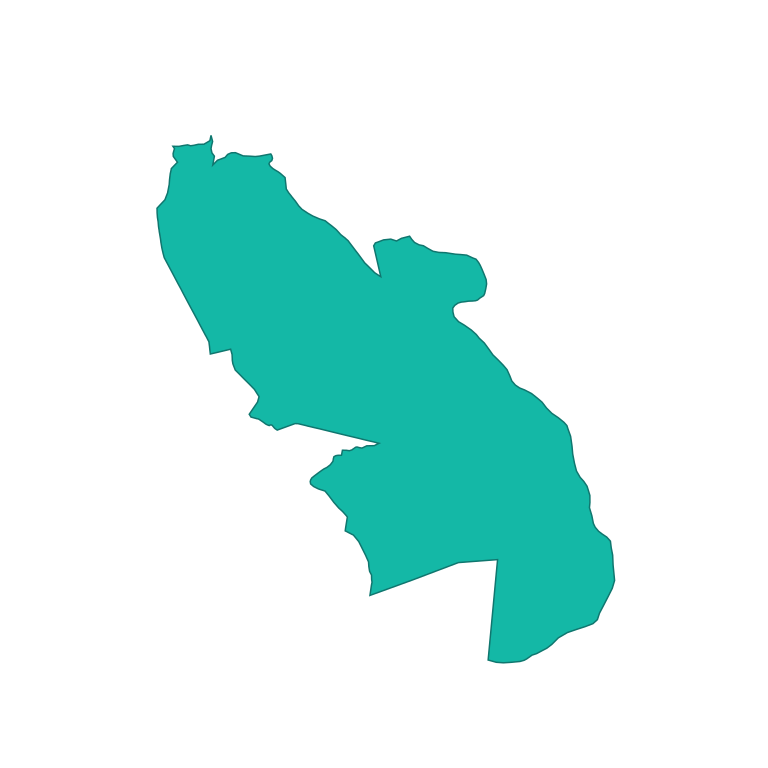 the district of Atlequizayan, Puebla, Mexico, rotated 318°
{"feature_id": "50627088B18003687378579", "entity_name": "Atlequizayan", "entity_type": "district", "adm_level": 2, "iso_a3": "MEX", "parent_name": "Mexico", "parent_adm1": "Puebla", "projection": "robinson", "projection_center": [-97.628, 20.016], "detail": "fine", "context": "isolated", "style": "filled", "palette": "teal", "viewbox_px": 768, "rotation_deg": 318, "n_neighbors": 0, "source": "geoboundaries", "source_scale": "gbopen_adm2", "svg_char_len": 5057}
<svg xmlns="http://www.w3.org/2000/svg" viewBox="0 0 768 768"><g transform="rotate(318 384 384)"><path d="M421.8,83.5L417.4,86.7L412.9,85.8L412.2,85.6L410.7,85.4L408.1,83.1L406.4,81.6L402.6,79.5L399.6,77.5L399.2,76.7L398.1,74.9L394.6,72.6L390.6,70.2L386.2,66.1L385.8,68.9L383.3,70.4L381.4,71.7L379.7,73.9L378.9,81.0L370.1,81.6L369.1,82.4L366.0,84.6L361.4,88.6L357.9,92.0L356.3,93.2L352.3,96.2L351.2,97.1L347.4,99.0L344.5,100.5L342.2,100.7L339.6,100.9L337.2,101.1L332.9,101.5L332.0,102.6L329.9,105.0L327.1,108.6L324.7,112.3L323.1,114.4L322.1,115.7L321.0,117.3L319.6,119.5L319.0,120.3L317.3,123.0L315.0,126.6L313.9,128.2L312.9,129.6L312.6,130.1L310.1,134.0L308.4,137.0L307.9,138.0L307.5,138.6L305.2,143.1L304.1,147.5L303.2,151.2L301.3,158.8L298.1,171.5L296.6,177.8L296.3,178.9L295.4,182.3L291.5,197.9L290.7,201.2L289.6,205.7L287.9,212.6L286.5,218.0L285.9,220.5L285.6,221.6L284.8,224.9L284.0,228.0L283.6,229.9L283.4,230.7L282.6,233.6L282.2,235.4L280.8,237.4L279.4,239.4L279.1,239.8L277.5,242.0L276.5,243.4L275.0,245.5L279.0,247.7L279.5,248.0L293.3,255.5L292.5,257.1L291.1,259.9L290.9,260.3L290.7,260.6L288.4,263.4L287.1,264.9L285.2,267.9L284.3,270.2L283.3,272.8L282.8,274.1L283.2,281.4L283.3,284.2L283.4,286.5L283.8,293.4L284.1,301.0L284.1,301.3L283.2,306.6L282.7,309.8L279.5,311.8L278.0,312.8L263.6,316.3L263.4,317.6L263.0,319.5L264.2,321.4L265.6,323.6L266.2,324.6L267.0,325.6L267.4,326.3L267.7,327.4L268.5,330.6L269.0,333.0L269.3,334.6L269.8,335.9L270.4,337.2L270.9,338.1L271.5,338.3L271.9,338.3L272.4,338.5L272.8,338.9L273.2,339.7L273.2,340.9L273.1,343.0L273.2,344.6L273.5,345.5L273.8,346.8L291.4,353.9L293.6,356.0L298.7,363.4L298.8,363.7L300.7,366.4L302.9,369.6L306.0,374.0L314.4,386.4L322.4,398.1L328.9,407.5L330.9,410.5L332.2,412.4L333.2,413.9L335.3,416.9L338.1,420.9L339.9,423.7L340.6,424.7L335.5,423.3L329.8,418.4L324.8,416.9L323.4,415.2L323.2,414.9L322.2,413.4L321.9,412.9L321.3,412.4L320.5,412.0L319.6,411.9L318.6,411.8L316.6,411.5L316.0,411.5L315.1,411.1L314.6,410.8L313.7,410.5L311.6,408.0L308.8,405.4L304.9,408.4L304.7,408.5L302.1,406.2L300.4,405.1L298.2,404.5L296.4,405.6L295.6,406.3L294.3,407.3L290.0,408.1L285.8,407.8L282.5,406.9L279.6,406.5L275.6,406.1L271.1,405.7L267.5,405.5L265.3,406.2L264.1,407.0L263.9,407.1L263.2,408.2L262.6,409.2L263.1,413.1L264.9,417.7L265.5,418.9L268.5,424.0L268.3,429.5L268.3,429.9L267.5,438.6L267.4,446.0L267.9,451.1L267.9,455.9L267.8,458.3L259.0,465.4L256.9,467.2L259.8,474.8L260.2,475.8L259.8,484.2L255.6,499.4L255.3,500.2L254.1,503.9L253.5,505.8L250.6,509.5L248.5,512.7L247.9,513.7L246.9,517.6L244.0,521.0L243.6,521.6L242.5,523.3L240.3,524.9L232.1,531.7L273.8,548.6L319.8,566.5L350.9,590.5L276.7,658.8L281.2,665.9L286.2,671.1L292.0,675.7L299.4,681.2L303.3,683.1L306.2,683.8L312.5,684.5L317.1,686.5L323.2,688.0L328.2,689.3L334.6,689.8L343.8,689.3L353.9,691.4L363.1,695.3L370.9,698.8L378.9,701.9L384.9,701.9L390.8,698.5L398.1,695.8L408.7,691.8L416.9,688.6L423.9,684.3L433.2,671.7L439.4,664.2L443.3,657.7L447.1,652.3L447.1,646.8L445.8,641.7L444.9,637.0L445.1,631.7L446.3,627.7L450.3,621.0L453.9,613.4L457.7,609.9L462.4,604.6L464.5,600.2L466.5,595.8L467.3,590.1L467.3,584.6L468.8,577.5L472.6,570.2L477.4,562.3L482.2,555.9L487.7,547.7L490.6,540.6L492.1,537.3L492.1,532.9L491.0,525.8L489.1,518.1L488.7,510.6L489.3,503.3L488.5,497.2L487.3,490.0L484.6,482.7L482.1,477.6L480.9,472.7L481.0,467.3L483.0,462.0L485.0,455.7L485.2,449.8L484.9,442.4L484.4,435.2L485.2,428.5L486.0,420.6L485.4,413.6L485.7,409.1L485.0,402.3L483.1,394.1L481.1,387.6L481.1,380.9L483.4,376.6L485.9,373.6L489.2,372.9L493.2,373.4L496.3,374.9L499.2,377.0L502.4,379.1L505.1,381.4L507.8,383.4L509.7,384.2L512.8,384.3L514.6,384.6L517.2,385.0L519.4,384.1L523.4,381.3L527.2,378.3L529.8,374.7L531.8,369.4L533.5,364.6L534.9,360.2L535.6,357.0L535.9,352.8L534.3,349.7L531.7,343.6L527.6,339.1L524.0,335.4L517.6,327.6L512.8,322.9L509.2,318.1L507.3,312.6L505.8,307.6L503.2,304.1L501.4,299.3L501.4,295.1L501.9,291.3L494.4,287.4L489.0,286.1L486.0,280.9L480.1,276.6L474.9,274.6L472.0,273.4L468.8,274.4L453.4,302.1L453.0,300.8L451.6,295.4L451.5,294.6L451.3,290.1L451.1,286.8L451.0,284.9L450.7,280.8L450.8,280.3L451.5,273.3L451.8,270.2L452.1,266.1L452.5,261.5L452.9,256.6L453.2,253.5L452.8,250.1L452.8,249.5L452.2,246.5L451.8,243.9L451.8,243.3L451.8,238.1L451.7,236.5L451.0,231.9L450.9,231.2L450.5,229.2L450.0,226.4L449.5,223.3L448.4,221.4L446.5,218.1L444.9,214.6L443.5,211.6L442.3,208.0L441.6,205.9L441.4,205.1L439.9,199.2L439.9,197.9L439.8,194.3L439.9,193.8L440.4,189.6L440.5,188.7L440.6,186.1L440.8,182.6L440.9,182.0L441.1,178.1L441.7,174.7L441.8,173.8L444.3,170.4L448.6,164.4L447.9,158.2L447.3,155.4L446.6,153.2L446.3,152.2L445.6,149.7L445.5,148.9L445.2,146.0L445.4,145.0L445.8,143.4L447.5,142.7L450.1,142.9L452.0,141.8L452.2,141.6L453.4,139.3L453.8,137.3L443.9,131.3L440.5,128.8L437.6,125.8L435.5,123.7L432.0,120.3L428.4,112.7L425.2,110.0L421.6,108.8L420.4,108.9L417.6,109.3L414.0,107.9L412.7,107.4L410.0,106.3L403.3,106.7L410.4,101.2L410.8,97.1L412.9,93.4L415.3,91.5L418.9,89.1L419.9,87.2L421.8,83.5Z" fill="#14b8a6" stroke="#0f766e" stroke-width="1.5"/></g></svg>